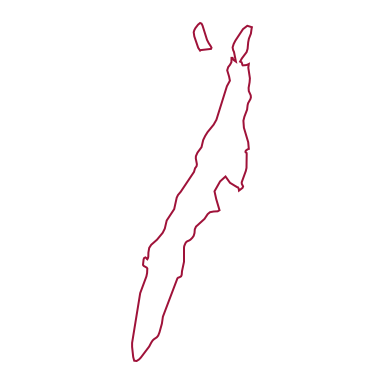 map outline of Cebu (Robinson projection)
{"feature_id": "PHL-2514", "entity_name": "Cebu", "entity_type": "Province", "adm_level": 1, "iso_a3": "PHL", "parent_name": "Philippines", "parent_adm1": "", "projection": "robinson", "projection_center": [123.774, 10.35], "detail": "fine", "context": "isolated", "style": "outline", "palette": "rose", "viewbox_px": 384, "rotation_deg": 0, "n_neighbors": 0, "source": "natural_earth", "source_scale": "10m", "svg_char_len": 2156}
<svg xmlns="http://www.w3.org/2000/svg" viewBox="0 0 384 384"><path d="M219.5,210.2L217.7,211.3L213.7,211.5L210.0,212.2L207.7,214.1L204.5,218.9L196.0,226.6L194.8,229.3L194.5,233.0L193.7,235.8L192.3,237.8L190.4,239.7L189.1,240.5L187.2,241.3L186.1,242.2L185.4,243.3L184.8,244.7L184.2,246.2L184.0,247.7L184.0,261.8L182.0,271.2L181.7,274.8L181.1,276.3L179.6,277.2L178.1,277.7L177.4,278.4L162.9,316.7L161.9,323.6L159.5,332.3L158.2,335.6L156.8,337.3L154.0,339.2L152.7,340.4L151.3,342.5L149.2,346.5L140.8,357.6L139.1,359.4L136.6,361.0L134.2,360.7L133.2,357.0L132.1,346.9L132.1,342.9L140.2,293.1L146.4,276.4L147.1,273.0L147.3,268.5L146.7,267.6L143.7,265.9L143.0,264.9L143.6,259.4L144.1,258.1L145.4,257.4L146.3,258.0L146.9,259.0L147.3,259.3L148.0,258.0L148.3,256.5L148.4,252.6L149.2,247.9L151.2,244.8L157.0,239.7L162.7,232.8L164.8,228.6L166.7,220.5L174.2,209.1L176.7,197.7L178.0,195.0L180.7,191.8L194.0,171.9L194.8,169.1L195.1,168.2L195.8,167.3L196.6,166.1L196.9,164.2L195.8,158.4L195.9,156.2L197.5,152.6L201.5,147.2L203.2,140.0L205.2,135.9L207.5,132.2L213.6,124.7L216.4,119.8L226.9,86.2L229.9,80.7L229.1,76.6L227.2,70.3L228.2,67.1L230.0,64.8L231.4,62.2L231.5,57.9L232.6,57.9L233.1,59.3L233.8,60.1L235.9,61.6L234.0,52.0L233.1,50.0L232.6,47.4L233.7,43.9L235.4,40.6L243.0,29.1L247.3,25.8L251.9,27.2L251.6,28.5L250.9,33.6L248.9,38.7L248.2,42.2L247.6,48.8L246.6,52.1L241.8,58.5L240.1,61.6L241.6,62.3L242.1,63.6L242.3,64.8L242.8,65.4L246.0,65.1L247.4,64.7L248.8,64.0L248.3,67.7L249.9,78.3L249.6,82.2L248.6,87.9L248.8,91.1L250.7,95.3L250.9,97.3L250.4,99.1L248.1,103.2L247.6,105.2L247.1,109.6L244.4,116.7L243.4,120.7L243.9,127.7L248.2,142.2L248.8,148.9L248.3,149.0L247.2,149.6L246.0,150.5L245.5,151.3L245.6,152.3L246.5,152.8L246.7,153.8L246.5,167.9L245.8,171.0L241.7,182.3L241.8,183.9L243.1,186.4L242.5,187.9L239.0,190.6L238.7,188.6L237.9,187.3L237.0,187.1L230.0,182.8L225.5,176.5L220.1,181.4L214.5,191.3L216.2,199.0L219.5,210.2ZM208.8,43.3L210.5,45.8L211.5,47.7L211.0,48.9L200.7,50.1L200.1,50.6L198.2,47.8L194.3,36.4L193.7,32.2L194.3,30.2L195.4,28.1L198.1,24.6L200.1,23.0L201.5,23.6L202.5,25.5L207.0,39.8L208.8,43.3Z" fill="none" stroke="#9f1239" stroke-width="2"/></svg>